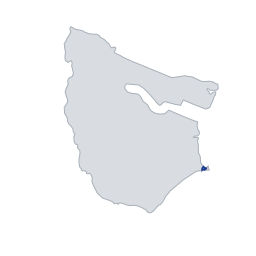 Pikine, Dakar, Senegal shown in context, rotated 202°
{"feature_id": "50182788B8601261498481", "entity_name": "Pikine", "entity_type": "district", "adm_level": 2, "iso_a3": "SEN", "parent_name": "Senegal", "parent_adm1": "Dakar", "projection": "natural_earth1", "projection_center": [-17.365, 14.773], "detail": "fine", "context": "in_parent", "style": "filled", "palette": "blue", "viewbox_px": 256, "rotation_deg": 202, "n_neighbors": 0, "source": "geoboundaries", "source_scale": "gbopen_adm2", "svg_char_len": 3711}
<svg xmlns="http://www.w3.org/2000/svg" viewBox="0 0 256 256"><g transform="rotate(202 128 128)"><path d="M192.0,117.5L194.8,123.0L194.3,125.7L193.7,129.6L195.2,132.4L197.1,134.3L198.4,136.0L199.9,138.3L200.1,143.0L199.9,146.3L200.9,147.8L201.7,149.8L201.5,151.4L201.0,152.8L199.2,154.6L199.0,158.1L201.9,162.4L203.7,164.7L203.7,166.0L204.2,167.4L205.6,169.1L206.4,168.7L207.4,167.3L207.8,166.4L210.2,166.8L211.4,167.2L213.0,170.0L213.6,171.8L214.0,174.1L215.7,177.0L217.1,179.1L217.4,180.3L218.7,182.0L218.0,185.8L218.1,187.8L217.2,192.9L217.0,195.3L217.1,196.2L219.1,198.0L218.9,200.6L216.9,200.2L213.4,199.9L206.5,201.2L204.1,200.7L199.6,200.8L196.3,201.6L192.2,203.3L189.0,202.8L187.3,201.5L185.0,201.6L182.4,200.9L179.7,199.6L177.2,199.0L174.5,196.6L173.2,196.2L172.4,196.8L171.6,197.6L170.8,198.1L169.4,197.7L168.8,196.1L169.3,194.5L169.4,193.3L168.7,192.7L167.1,192.5L164.4,192.5L160.1,192.0L159.2,191.7L149.6,191.3L139.6,191.3L131.2,191.2L120.6,191.2L113.1,191.1L106.2,191.1L100.8,194.2L95.0,197.6L87.1,199.5L78.1,198.8L75.2,199.3L72.2,200.8L70.0,201.9L66.9,202.5L62.9,202.0L61.3,202.3L60.3,200.8L59.1,198.3L59.9,196.4L62.3,195.2L66.0,193.7L67.9,194.5L69.0,194.5L69.3,193.5L68.9,193.0L66.1,191.7L64.7,189.9L63.5,190.9L62.5,193.1L61.6,193.7L60.3,194.4L59.6,192.9L59.3,191.4L59.9,190.3L59.6,184.1L59.9,180.7L59.8,177.8L61.5,175.9L63.1,174.7L69.6,174.6L75.6,174.5L81.4,174.6L87.2,174.6L87.8,168.8L89.7,168.3L92.5,167.7L97.7,167.0L103.4,166.3L104.7,165.2L105.6,163.3L106.2,161.5L107.4,160.8L109.0,161.4L111.2,162.3L113.4,163.7L115.9,165.0L117.6,165.8L121.6,167.9L128.5,170.7L134.2,171.9L141.0,169.8L146.0,168.4L146.6,165.9L145.8,163.5L142.1,161.2L137.1,161.5L135.6,162.1L133.2,162.8L131.8,163.1L129.5,162.6L126.5,160.7L124.6,158.7L121.9,157.8L118.8,156.9L113.8,152.9L111.1,152.2L108.7,151.9L103.9,152.7L99.3,154.9L96.8,159.8L92.2,159.7L82.3,159.5L73.2,159.4L65.7,159.7L64.9,156.2L63.2,153.4L60.3,151.0L59.6,148.7L60.6,146.8L63.4,145.2L64.0,144.0L62.6,144.2L60.4,145.2L58.9,145.3L58.7,142.2L56.3,138.2L53.5,131.5L50.4,128.7L47.8,123.3L45.0,121.2L42.5,120.2L40.4,120.4L39.6,122.9L36.9,119.3L40.6,118.0L48.4,113.5L57.3,100.7L65.4,85.4L66.4,81.8L67.4,79.1L68.0,72.9L69.2,69.2L70.3,68.5L71.6,65.6L73.3,60.6L75.1,57.9L77.2,57.3L78.8,57.5L80.0,58.6L83.4,59.2L89.0,59.5L93.3,58.7L96.4,57.0L100.4,56.1L105.4,56.1L108.0,55.3L108.3,53.9L108.9,53.5L110.0,54.1L110.9,53.8L111.8,52.8L112.8,52.7L113.7,53.6L117.9,53.9L125.3,53.5L132.2,56.2L138.5,61.7L141.8,65.5L142.0,67.3L143.1,69.2L145.0,71.1L146.7,71.5L148.3,70.3L149.5,70.4L150.4,71.9L152.2,72.1L154.2,71.3L155.6,71.6L155.9,72.4L156.2,72.9L157.2,73.1L158.5,74.2L160.3,77.2L161.9,81.3L163.0,86.6L164.6,89.5L166.5,90.0L167.6,91.1L167.8,92.3L168.3,93.2L169.2,93.7L170.8,93.4L172.7,95.2L174.8,99.1L175.1,100.8L174.8,101.8L174.9,102.5L176.2,103.1L177.5,104.4L178.6,106.3L180.8,108.0L184.2,109.5L186.7,111.7L188.2,114.7L191.4,117.2L192.0,117.5Z" fill="#d9dde1" stroke="#a8b0b8" stroke-width="1"/><path d="M40.5,120.1L40.8,120.0L40.9,119.9L41.0,119.9L41.3,119.9L41.5,119.8L41.8,119.8L42.0,119.9L42.3,120.0L42.5,120.0L42.8,120.1L43.0,120.2L43.1,120.3L43.3,120.3L43.5,120.5L43.6,120.3L43.7,120.2L43.8,120.1L43.8,119.9L43.9,119.7L44.0,119.5L44.0,119.4L44.1,119.2L44.1,118.8L44.1,118.7L44.1,118.4L44.1,118.1L44.1,117.8L44.0,117.7L43.9,117.3L43.9,117.2L43.7,116.9L43.7,117.0L43.4,117.1L43.2,117.2L43.0,117.3L42.9,117.3L42.7,117.4L42.6,117.5L42.4,117.6L42.2,117.7L42.0,117.8L41.9,117.8L42.0,117.9L42.0,118.1L42.0,118.3L41.9,118.4L41.9,118.5L41.7,118.6L41.6,118.8L41.4,118.9L41.2,118.8L41.0,119.0L40.9,118.9L40.7,118.8L40.6,119.0L40.4,119.1L40.3,119.3L40.3,119.5L40.2,119.7L40.3,119.8L40.3,120.0L40.5,120.0L40.5,120.1Z" fill="#3b82f6" stroke="#1e3a8a" stroke-width="1.5"/></g></svg>